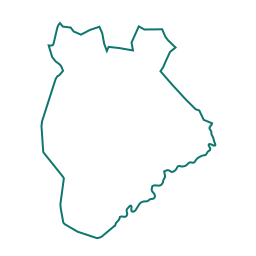 map outline of Matam (Mercator projection), rotated 87°
{"feature_id": "SEN-767", "entity_name": "Matam", "entity_type": "Region", "adm_level": 1, "iso_a3": "SEN", "parent_name": "Senegal", "parent_adm1": "", "projection": "mercator", "projection_center": [-13.497, 15.275], "detail": "fine", "context": "isolated", "style": "outline", "palette": "teal", "viewbox_px": 256, "rotation_deg": 87, "n_neighbors": 0, "source": "natural_earth", "source_scale": "10m", "svg_char_len": 2436}
<svg xmlns="http://www.w3.org/2000/svg" viewBox="0 0 256 256"><g transform="rotate(87 128 128)"><path d="M127.7,43.8L128.2,44.0L129.1,44.4L129.6,44.7L129.7,44.9L129.8,45.3L130.2,45.5L130.8,45.8L131.0,45.9L131.6,46.4L131.8,46.6L132.5,46.7L133.1,46.5L135.7,45.1L136.3,45.0L138.0,45.0L138.4,45.0L139.1,44.8L141.9,43.5L146.9,42.4L148.2,41.9L148.7,41.7L149.3,41.7L149.9,41.8L150.1,43.2L148.5,46.2L148.3,47.7L149.3,48.4L152.7,47.0L154.1,47.1L154.6,47.6L155.4,48.9L155.8,49.5L158.4,51.3L159.0,52.0L159.2,52.7L159.3,54.4L159.5,55.2L160.8,58.5L161.4,59.5L162.1,60.5L162.9,61.3L165.3,63.2L165.9,63.9L166.1,64.7L166.0,65.6L165.6,67.2L165.6,68.0L165.8,68.7L166.2,69.3L168.0,71.3L168.8,72.8L169.2,74.5L169.3,76.4L169.1,77.2L168.8,78.0L168.5,78.9L168.7,79.7L169.2,80.4L169.8,80.9L171.3,81.8L172.0,82.3L172.7,83.0L173.7,84.6L174.1,85.4L174.2,86.2L174.1,86.9L172.6,89.1L172.3,89.9L172.2,90.8L172.3,91.6L173.2,94.1L174.6,94.0L177.5,93.5L178.9,93.6L179.5,93.9L181.3,95.1L182.0,95.4L184.2,96.0L185.3,96.7L186.3,97.6L187.0,98.8L187.2,100.2L186.7,103.9L186.7,104.7L186.9,105.6L187.2,106.5L187.8,106.9L190.7,107.6L192.0,107.4L193.4,106.6L194.7,105.5L196.1,104.8L197.6,104.6L199.1,105.3L199.7,106.0L200.0,106.8L200.3,109.6L200.6,110.2L201.6,111.5L202.0,112.2L202.2,113.0L202.2,116.3L202.6,117.8L203.4,119.4L204.5,120.6L210.1,124.5L211.3,125.7L211.9,127.3L211.4,128.7L209.9,129.0L206.6,128.6L205.7,129.3L206.2,130.6L208.4,132.7L209.2,133.4L210.1,133.7L211.0,133.7L213.0,133.3L214.0,133.3L214.9,133.6L215.8,134.2L216.3,134.8L216.5,135.6L216.5,136.4L216.0,138.9L216.1,139.6L216.4,140.5L216.5,140.8L218.9,141.6L219.6,142.3L222.4,145.0L225.0,146.1L225.2,146.8L235.2,160.1L235.8,161.6L236.3,163.9L236.2,164.6L236.1,165.5L228.9,183.8L221.1,195.7L219.9,197.0L218.8,197.6L204.6,199.4L200.5,199.5L175.0,194.7L174.0,195.1L173.3,195.5L148.4,213.4L147.4,213.9L121.6,214.3L116.9,213.5L75.8,197.9L74.2,197.0L72.5,195.6L71.7,193.8L67.5,189.9L63.6,191.2L62.2,191.9L60.5,193.4L57.7,196.8L53.2,200.0L41.4,202.9L41.6,201.4L41.6,200.3L41.5,199.1L40.9,198.4L39.4,197.8L24.0,193.3L21.5,192.1L19.7,190.5L23.3,187.8L24.7,180.0L28.8,177.2L32.3,170.1L28.1,160.9L25.4,151.3L31.9,148.8L42.5,147.4L50.0,145.1L46.0,143.1L47.7,132.5L50.8,119.0L42.9,120.0L27.1,111.9L30.5,106.5L31.2,88.7L34.0,87.7L38.8,85.9L42.5,83.4L50.1,76.3L54.2,82.0L62.1,86.2L69.3,89.8L73.0,92.6L87.1,81.6L102.2,69.1L112.8,59.5L114.2,55.9L123.8,52.0L127.7,43.8Z" fill="none" stroke="#0f766e" stroke-width="2"/></g></svg>